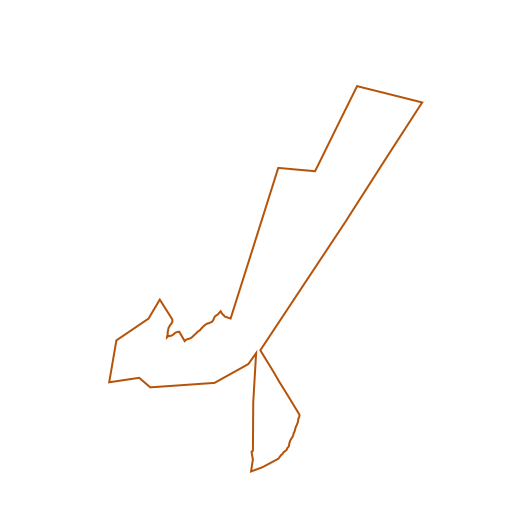 the district of Sebastião Leal, Piauí, Brazil, rotated 201°
{"feature_id": "56859067B27989040236964", "entity_name": "Sebastião Leal", "entity_type": "district", "adm_level": 2, "iso_a3": "BRA", "parent_name": "Brazil", "parent_adm1": "Piauí", "projection": "equal_earth", "projection_center": [-44.056, -7.769], "detail": "fine", "context": "isolated", "style": "outline", "palette": "amber", "viewbox_px": 512, "rotation_deg": 201, "n_neighbors": 0, "source": "geoboundaries", "source_scale": "gbopen_adm2", "svg_char_len": 1571}
<svg xmlns="http://www.w3.org/2000/svg" viewBox="0 0 512 512"><g transform="rotate(201 256 256)"><path d="M174.4,61.0L162.5,74.7L161.7,77.5L161.3,79.1L160.5,80.2L160.0,82.5L158.9,84.4L158.0,85.7L157.9,87.9L157.2,89.7L157.2,90.8L157.8,93.3L157.9,95.8L157.8,96.9L157.5,98.6L157.1,100.0L157.0,101.2L157.3,104.4L157.1,106.0L157.5,109.7L157.6,110.9L157.4,112.3L157.4,116.4L158.1,118.7L158.0,121.5L158.5,123.4L176.1,137.0L189.7,147.3L190.5,148.0L198.2,154.2L218.2,169.5L200.2,250.6L184.7,320.2L184.2,322.5L183.6,325.8L169.1,396.2L155.9,458.9L210.2,452.3L222.5,450.8L226.3,410.6L230.5,364.0L231.3,356.3L266.8,346.2L261.0,251.0L260.6,244.1L257.3,188.5L263.5,188.3L264.8,189.1L265.8,189.4L267.5,190.3L269.1,191.8L269.8,190.3L270.6,187.8L271.5,186.6L272.3,185.6L272.8,184.3L272.9,181.8L273.1,180.1L273.5,178.8L274.9,177.4L275.8,176.4L276.8,175.9L277.7,175.0L278.9,173.3L279.9,171.5L280.9,169.1L281.8,166.5L283.6,164.0L283.9,162.8L285.6,159.6L286.2,158.0L286.9,156.9L287.7,155.7L288.7,154.9L290.7,153.4L291.6,152.2L292.1,151.0L300.5,157.8L301.4,157.3L302.4,156.7L303.4,155.9L304.1,154.9L305.0,153.2L305.9,151.9L307.3,150.6L308.4,150.3L309.4,149.3L309.9,148.2L310.3,149.7L310.3,151.1L311.1,152.9L311.3,154.5L311.6,156.1L311.9,157.9L311.5,159.4L311.5,160.8L310.8,162.0L310.5,164.7L311.4,166.8L327.5,178.8L330.2,180.8L333.9,159.0L356.1,127.2L348.2,87.5L347.8,85.5L321.4,100.4L307.6,95.5L285.9,105.6L249.2,122.7L247.4,124.9L224.4,152.4L221.1,165.4L206.9,120.8L206.4,119.1L189.1,73.1L190.0,71.6L186.0,64.9L183.4,53.1L174.4,61.0Z" fill="none" stroke="#b45309" stroke-width="2"/></g></svg>